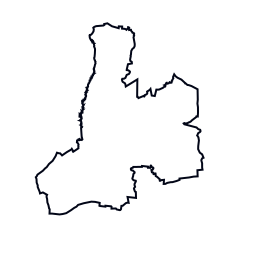 outline of Tinca, Bihor, Romania, rotated 281°
{"feature_id": "2599482B90584172362262", "entity_name": "Tinca", "entity_type": "district", "adm_level": 2, "iso_a3": "ROU", "parent_name": "Romania", "parent_adm1": "Bihor", "projection": "equal_earth", "projection_center": [21.941, 46.761], "detail": "fine", "context": "isolated", "style": "outline", "palette": "ink", "viewbox_px": 256, "rotation_deg": 281, "n_neighbors": 0, "source": "geoboundaries", "source_scale": "gbopen_adm2", "svg_char_len": 5751}
<svg xmlns="http://www.w3.org/2000/svg" viewBox="0 0 256 256"><g transform="rotate(281 128 128)"><path d="M183.0,175.7L182.8,175.5L183.6,174.6L185.7,171.2L186.8,167.0L187.9,164.8L189.5,163.1L186.6,162.5L185.4,163.0L183.6,162.3L182.9,162.4L182.6,162.0L180.9,162.1L180.5,161.4L180.9,160.1L179.7,159.5L179.0,158.1L179.8,157.4L179.5,157.0L177.5,156.4L177.0,155.6L176.5,156.7L175.8,156.6L175.7,156.0L174.0,154.5L171.8,151.4L171.4,150.3L171.1,148.5L164.5,148.2L164.4,145.1L170.6,142.6L169.5,142.0L167.4,139.8L165.9,140.3L165.3,140.2L164.6,139.8L163.5,138.2L162.2,138.1L162.0,137.9L162.4,137.1L159.4,132.6L159.9,132.3L160.2,131.3L160.5,131.3L160.5,131.0L177.5,127.9L168.3,117.9L170.2,117.2L171.3,116.5L172.3,114.0L173.2,113.3L174.5,112.8L175.2,113.0L175.6,114.6L176.7,115.9L179.9,116.6L181.2,118.6L182.8,119.2L183.6,119.2L184.0,118.8L184.7,117.3L184.6,115.7L185.2,115.6L190.6,115.8L192.1,119.5L193.6,119.1L194.4,117.4L195.7,117.0L199.0,117.0L199.7,116.7L200.4,116.9L204.3,116.5L206.4,117.2L208.0,118.5L209.6,118.9L211.7,118.6L218.1,116.1L219.9,116.4L220.3,115.9L221.6,116.1L222.1,115.9L222.4,114.2L223.1,113.9L223.3,113.3L224.1,112.5L224.9,112.2L224.4,110.5L225.3,110.4L225.3,110.0L226.2,109.5L226.8,109.8L227.0,109.3L227.0,108.9L226.0,109.0L224.1,107.7L224.5,107.0L224.7,105.9L224.4,103.2L226.5,102.9L226.0,99.6L224.2,99.8L224.8,92.9L226.8,87.8L225.5,84.8L224.6,85.1L223.9,84.3L221.9,77.3L220.8,75.6L219.8,74.8L218.4,75.6L216.3,75.7L213.8,74.8L212.1,73.5L212.0,72.7L211.5,72.6L209.3,73.3L208.1,74.1L207.8,74.7L207.4,74.8L207.5,75.4L207.0,75.3L206.5,75.7L207.0,75.8L206.6,76.4L206.9,76.5L206.8,76.9L206.3,77.0L206.5,77.2L206.1,77.5L205.8,77.2L205.4,77.2L205.5,77.4L205.3,77.6L204.9,77.6L204.6,78.7L204.4,78.5L203.5,78.6L202.4,79.2L201.6,79.1L199.6,80.4L198.6,80.7L194.5,81.3L191.2,81.6L190.3,81.4L188.6,82.1L188.1,82.7L187.3,83.0L186.8,83.5L186.1,83.4L185.1,83.8L183.9,83.5L181.4,83.5L181.0,83.2L179.5,83.4L179.3,83.1L178.3,83.5L178.1,83.9L177.3,83.9L176.9,84.3L175.9,84.2L175.8,83.9L175.0,84.0L175.0,84.3L174.4,83.7L174.2,83.9L173.6,83.4L173.3,83.5L173.3,83.2L172.5,83.3L172.1,82.9L171.6,83.0L171.6,82.3L171.2,82.3L171.2,82.5L170.7,82.5L170.3,82.8L170.0,82.4L169.7,82.5L169.5,81.8L168.9,82.2L168.3,81.8L167.5,82.1L167.0,81.8L167.0,81.3L165.7,81.5L164.7,81.2L164.5,80.9L164.0,81.0L163.3,80.5L162.4,80.5L161.2,80.9L159.8,80.5L159.8,80.0L159.5,80.1L159.4,79.9L159.1,80.4L158.5,80.4L158.2,80.7L157.3,80.5L157.2,80.2L156.9,80.2L156.8,80.7L156.1,79.9L155.3,79.7L155.2,80.1L154.8,79.6L154.5,80.1L154.3,79.9L154.0,80.0L153.3,79.8L153.2,80.0L152.9,79.9L152.6,80.2L152.3,79.9L151.8,80.3L151.9,80.6L151.5,80.8L150.6,80.7L149.5,80.2L149.5,80.5L148.9,80.5L149.0,80.3L148.2,80.3L148.0,79.9L147.6,79.9L147.7,79.7L147.1,79.6L147.1,78.9L146.6,79.0L146.6,78.6L146.2,78.4L146.0,77.8L145.6,77.8L145.7,77.6L145.2,78.4L145.0,78.0L144.4,78.2L144.6,78.4L144.5,78.5L143.7,78.4L143.6,78.9L142.3,79.1L141.4,79.8L141.6,80.0L139.9,79.6L139.5,80.2L139.3,80.0L139.3,79.6L138.9,79.9L138.5,79.7L138.2,79.9L138.4,80.2L138.2,80.4L137.8,80.3L137.8,80.6L137.0,80.0L135.9,80.1L135.7,79.9L135.8,79.6L135.5,79.8L135.2,79.5L135.4,79.9L135.1,79.9L135.2,80.2L134.4,80.4L134.1,79.7L133.8,79.6L134.0,79.3L133.7,79.3L133.6,79.1L133.8,79.0L133.6,78.8L133.4,79.3L132.7,79.2L132.7,78.8L132.4,79.2L132.0,79.0L132.0,78.3L131.4,78.2L131.5,78.0L129.9,78.2L129.9,78.8L129.7,79.1L130.2,79.2L129.9,79.5L130.4,80.0L129.7,80.4L128.5,80.3L128.4,80.7L128.2,80.7L127.2,80.3L126.9,79.8L126.4,80.1L126.1,79.5L125.9,80.6L124.8,81.1L123.7,80.9L123.5,81.0L123.5,81.3L123.0,81.2L123.0,81.6L122.1,81.7L121.8,81.2L121.7,81.5L121.1,81.5L120.6,82.3L120.4,82.0L119.8,82.5L119.2,81.9L110.9,84.1L108.1,85.4L107.4,84.9L107.5,84.2L106.9,82.9L108.0,82.5L107.2,81.3L106.3,81.3L106.0,80.4L104.1,80.6L103.6,81.6L102.4,82.6L101.4,82.5L100.6,82.9L100.0,82.8L98.6,83.2L93.6,78.1L94.5,78.5L95.2,78.3L96.8,76.8L96.1,76.5L92.7,72.6L88.5,68.5L90.2,66.2L90.0,65.2L90.2,63.0L86.6,62.3L81.4,60.3L77.6,57.3L74.1,55.7L72.5,54.3L69.8,52.6L64.9,48.0L63.4,47.7L62.1,46.9L60.5,47.9L56.9,48.8L54.5,50.3L52.9,50.6L48.3,53.6L47.0,54.1L48.5,56.8L47.0,61.3L45.9,61.0L44.6,61.3L43.0,62.1L39.5,63.1L37.1,64.6L34.0,65.9L33.3,66.6L29.0,67.3L29.5,70.0L30.1,77.3L31.1,80.3L32.6,83.6L36.4,87.7L39.4,90.5L40.9,92.4L43.0,93.7L45.7,98.9L48.7,106.1L49.2,109.8L49.1,114.5L46.2,114.8L46.1,115.5L46.5,120.8L47.4,120.7L47.9,126.4L47.5,126.9L45.7,127.2L46.7,131.4L45.9,132.4L45.8,135.5L46.0,136.1L47.0,136.6L50.3,136.4L50.6,137.6L53.8,140.2L54.6,141.6L54.7,142.9L60.2,140.7L60.9,149.2L66.7,147.9L67.0,146.9L69.6,145.4L70.3,145.5L71.6,146.2L73.2,145.3L74.3,145.1L77.1,145.9L77.7,145.7L77.8,143.5L78.5,142.4L79.3,141.9L81.7,142.2L83.9,142.1L85.2,143.0L85.9,142.9L87.2,140.8L87.2,139.4L87.8,138.8L88.7,138.6L89.1,138.8L90.0,140.4L90.8,140.6L92.5,149.1L93.4,149.0L93.9,155.0L93.1,154.9L92.7,155.2L93.1,156.3L93.0,157.3L93.6,157.6L95.0,157.4L95.5,157.6L95.5,157.8L93.9,159.3L93.9,160.3L93.5,160.6L92.9,160.6L91.6,160.0L91.2,159.0L89.1,159.9L89.0,161.3L87.6,161.9L87.6,162.2L88.6,163.3L88.6,163.7L86.1,164.4L85.6,165.9L84.1,168.3L84.1,168.6L82.3,169.3L82.4,169.9L83.2,170.6L84.0,173.2L79.9,173.7L80.3,175.4L81.6,177.0L82.9,180.1L83.4,182.1L85.3,185.9L86.9,188.5L88.2,188.2L91.1,197.4L92.8,201.7L93.8,205.6L99.8,204.2L101.3,209.1L103.4,208.3L107.5,207.5L110.1,206.2L111.0,206.2L112.5,206.7L113.2,207.8L116.3,205.8L117.5,203.2L120.6,200.9L123.6,200.4L129.3,200.0L132.3,198.9L133.9,197.3L134.7,197.6L136.2,197.8L138.0,199.6L138.8,199.8L140.0,199.2L140.3,197.2L141.6,195.2L142.4,182.6L143.1,181.8L143.6,182.4L143.4,183.7L144.2,185.6L145.0,186.4L145.5,187.4L146.7,188.7L147.4,189.0L151.8,192.9L152.5,193.0L152.6,194.3L156.3,193.8L161.8,192.7L165.2,191.5L169.1,191.1L179.3,188.9L181.3,182.3L181.7,179.3L181.6,178.1L183.0,175.7Z" fill="none" stroke="#020617" stroke-width="2"/></g></svg>